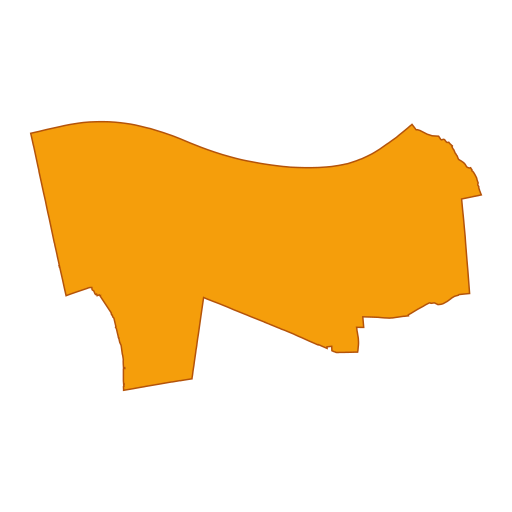 the district of Waalwijk, Noord-Brabant, Netherlands
{"feature_id": "6326949B71985362418068", "entity_name": "Waalwijk", "entity_type": "district", "adm_level": 2, "iso_a3": "NLD", "parent_name": "Netherlands", "parent_adm1": "Noord-Brabant", "projection": "mercator", "projection_center": [5.025, 51.687], "detail": "fine", "context": "isolated", "style": "filled", "palette": "amber", "viewbox_px": 512, "rotation_deg": 0, "n_neighbors": 0, "source": "geoboundaries", "source_scale": "gbopen_adm2", "svg_char_len": 5862}
<svg xmlns="http://www.w3.org/2000/svg" viewBox="0 0 512 512"><path d="M192.0,378.8L192.0,378.1L192.5,375.1L192.7,373.5L193.0,371.0L193.9,365.3L194.3,362.1L195.0,357.3L195.6,353.2L196.0,350.0L196.0,349.7L196.2,349.0L196.7,345.8L197.1,342.5L197.7,338.2L198.3,334.6L200.9,316.2L203.6,297.5L207.1,299.0L213.5,301.5L219.3,303.7L223.7,305.5L227.7,307.1L233.4,309.6L234.9,310.2L237.2,311.1L240.9,312.6L243.4,313.6L245.4,314.4L247.2,315.1L249.5,316.1L250.3,316.4L250.7,316.6L253.5,317.7L254.3,318.0L257.8,319.4L263.9,321.8L264.3,322.0L264.8,322.1L264.8,322.3L265.9,322.7L266.1,322.8L273.2,325.7L277.8,327.6L279.9,328.4L281.3,329.1L283.9,330.0L293.6,334.0L294.4,334.4L296.5,335.4L298.7,336.4L301.4,337.5L309.5,341.2L314.4,343.3L317.5,344.7L318.2,344.9L318.3,344.6L320.1,345.3L321.1,345.8L327.1,348.4L327.1,348.1L327.0,346.8L329.1,346.6L331.7,346.3L331.9,350.7L334.1,351.7L335.0,351.9L335.6,352.2L336.0,352.4L336.6,352.5L338.2,352.5L338.6,352.5L339.3,352.4L340.4,352.4L341.9,352.4L344.9,352.4L345.6,352.3L347.0,352.3L347.3,352.3L348.1,352.3L352.4,352.2L356.1,352.1L357.6,352.1L357.7,351.5L357.9,350.5L358.0,349.4L358.2,347.1L358.4,345.3L358.5,343.6L358.5,341.8L358.4,340.1L358.3,338.4L358.1,337.0L357.7,334.7L357.4,332.7L357.0,330.7L356.8,328.9L356.8,328.2L356.6,327.3L362.6,327.4L363.7,327.4L363.2,321.5L362.8,317.2L362.8,316.8L372.6,317.1L378.2,317.3L381.0,317.6L384.8,317.9L385.4,317.9L389.4,318.1L392.0,317.9L392.7,317.9L395.2,317.5L398.8,317.0L402.1,316.5L403.6,316.3L404.3,316.3L408.5,315.8L408.3,314.8L410.9,313.4L414.0,311.5L417.8,309.2L420.0,308.0L423.0,306.4L425.6,304.8L428.7,303.2L429.5,302.9L429.9,302.8L430.6,303.2L431.4,303.3L433.4,303.0L434.3,302.9L434.5,302.9L435.7,303.5L437.0,304.1L437.6,304.5L438.0,304.6L438.3,304.6L440.9,304.3L442.8,303.8L443.8,303.3L446.3,301.9L446.9,301.6L448.2,300.7L450.2,299.2L450.9,298.7L451.3,298.3L452.2,297.7L454.4,296.4L455.2,296.1L455.9,295.9L457.4,295.5L458.1,295.3L458.5,295.1L458.9,294.6L463.3,294.1L469.6,293.5L467.9,271.2L467.0,260.7L465.5,241.8L465.2,237.1L464.9,233.7L464.2,226.3L463.8,221.7L463.3,216.4L462.6,209.7L462.0,203.2L461.6,199.0L481.3,194.9L480.9,193.9L480.7,193.4L480.5,192.9L480.2,192.0L479.5,190.3L479.4,189.6L479.1,188.9L478.9,188.3L478.8,187.9L478.8,186.7L478.7,186.4L478.6,186.2L478.1,185.6L477.9,185.1L477.8,184.9L477.8,184.4L477.8,184.1L478.0,183.6L478.1,182.8L478.0,182.5L477.8,182.0L477.6,181.5L476.8,179.0L476.8,178.5L476.7,178.1L476.3,177.3L475.7,176.1L475.4,175.5L474.8,174.4L473.6,172.4L473.0,171.7L472.7,171.3L472.5,171.1L472.1,171.0L471.9,170.8L471.8,170.2L471.9,169.6L471.6,169.3L470.9,168.4L470.6,167.7L469.9,167.9L469.6,168.0L469.1,168.0L468.9,167.9L467.5,167.4L467.1,167.2L466.5,166.5L466.2,166.1L465.1,164.2L464.7,163.8L464.3,163.5L464.1,163.1L463.9,162.9L463.7,162.7L460.8,160.7L460.4,160.5L459.9,160.2L459.5,160.1L459.2,159.7L458.9,159.6L458.4,159.0L458.2,158.7L457.2,156.0L456.5,155.1L455.8,153.8L455.0,152.8L454.5,151.4L454.1,150.6L453.7,149.6L453.2,149.1L452.6,148.1L451.9,146.5L452.4,146.0L452.4,145.9L451.6,145.3L450.8,144.5L450.1,143.9L449.4,143.1L448.8,142.3L448.3,142.3L447.9,142.4L446.9,142.4L446.4,142.0L445.4,140.8L444.6,139.7L444.0,139.4L443.4,139.3L441.7,139.8L441.4,139.8L441.0,139.6L440.6,139.3L440.3,138.7L439.9,138.1L438.6,136.2L432.2,135.8L427.2,134.2L420.0,130.5L417.4,129.7L416.2,129.8L415.9,129.5L414.2,127.2L412.0,124.4L411.6,124.8L409.9,126.1L408.0,127.8L404.5,130.7L402.3,132.5L399.3,134.9L396.4,137.4L391.6,140.8L388.6,143.0L387.0,144.0L379.8,149.1L374.5,152.4L371.9,153.9L367.1,156.3L361.5,158.9L359.9,159.4L356.4,160.8L350.7,162.7L347.9,163.6L346.5,163.9L344.9,164.2L343.6,164.5L338.4,165.5L335.7,165.9L331.8,166.5L329.8,166.7L326.4,167.0L318.9,167.5L311.2,167.7L305.3,167.7L298.0,167.5L290.6,167.2L288.6,167.0L285.6,166.7L283.1,166.5L278.1,165.9L271.1,165.0L264.3,164.0L259.4,163.2L256.2,162.6L246.6,160.8L243.2,160.1L239.7,159.3L235.7,158.3L229.8,156.7L222.7,154.7L214.6,152.1L207.9,149.8L201.1,147.3L190.7,143.2L180.2,138.8L173.9,136.3L171.4,135.4L163.3,132.6L154.9,130.0L150.4,128.6L148.1,128.1L140.4,126.2L135.3,125.0L130.6,124.1L125.0,123.3L121.0,122.8L120.5,122.7L120.1,122.7L115.1,122.2L108.8,121.8L104.1,121.7L100.7,121.7L98.8,121.7L94.9,121.8L89.5,122.0L83.4,122.5L80.4,122.9L77.6,123.3L72.5,124.1L70.0,124.5L64.4,125.6L60.1,126.6L46.8,129.5L41.9,130.7L38.7,131.5L35.9,132.1L30.7,133.3L31.9,138.5L33.2,144.5L33.8,146.8L38.0,166.6L38.4,168.3L38.9,170.5L39.0,171.6L43.8,193.8L44.8,198.1L44.9,198.6L45.5,201.2L46.1,204.3L46.8,207.7L47.4,210.5L48.0,213.3L49.2,218.5L54.2,242.3L54.6,243.6L55.0,245.8L55.8,249.2L57.0,254.6L57.3,256.3L58.0,259.4L58.6,262.0L59.5,266.2L59.2,266.1L59.3,266.4L59.5,267.4L59.8,267.5L60.8,272.0L62.0,277.2L62.5,279.4L63.7,285.0L64.9,290.5L65.1,291.3L66.1,295.7L67.3,295.2L68.2,294.9L70.1,294.2L77.0,291.8L86.8,288.5L88.9,287.7L90.3,287.5L91.8,287.5L92.1,289.7L93.9,291.1L94.7,293.2L95.5,294.5L96.6,294.1L97.1,295.7L99.4,294.9L100.1,295.9L100.3,295.8L100.2,296.2L101.0,297.3L101.1,297.5L111.4,313.1L111.2,313.7L111.7,314.9L112.4,315.2L112.5,316.0L112.7,316.6L112.9,317.1L113.9,318.1L114.2,319.4L114.4,320.3L115.9,326.6L115.5,327.2L116.4,328.7L117.3,332.6L118.1,335.9L118.4,337.6L118.6,338.1L118.8,338.0L119.6,341.8L119.8,342.5L120.8,344.7L121.1,345.4L121.2,346.0L121.4,347.4L122.1,352.5L122.3,354.0L122.4,354.3L122.7,355.5L122.8,356.1L123.2,358.8L123.3,359.8L123.3,360.2L123.2,360.9L123.3,364.3L123.3,364.6L123.4,365.9L123.5,367.7L124.7,367.6L124.8,368.5L123.5,368.5L123.4,369.3L123.4,372.1L123.4,373.9L123.4,378.6L123.4,380.1L123.4,380.8L123.6,383.7L124.0,383.7L124.0,384.1L124.1,384.6L123.7,384.7L123.8,385.5L123.9,386.3L123.5,386.4L123.5,386.9L123.5,387.2L123.5,388.0L123.6,389.0L123.6,390.3L125.4,390.0L133.1,388.7L135.7,388.2L140.7,387.3L144.3,386.7L145.7,386.4L159.2,384.1L167.2,382.7L171.2,382.0L172.5,381.9L180.0,380.6L180.3,380.7L185.0,379.9L192.0,378.8Z" fill="#f59e0b" stroke="#b45309" stroke-width="1.5"/></svg>